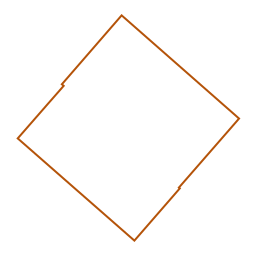 Spink, South Dakota, United States of America (Robinson projection), rotated 41°
{"feature_id": "52423323B36678766144900", "entity_name": "Spink", "entity_type": "district", "adm_level": 2, "iso_a3": "USA", "parent_name": "United States of America", "parent_adm1": "South Dakota", "projection": "robinson", "projection_center": [-98.314, 44.938], "detail": "fine", "context": "isolated", "style": "outline", "palette": "amber", "viewbox_px": 256, "rotation_deg": 41, "n_neighbors": 0, "source": "geoboundaries", "source_scale": "gbopen_adm2", "svg_char_len": 301}
<svg xmlns="http://www.w3.org/2000/svg" viewBox="0 0 256 256"><g transform="rotate(41 128 128)"><path d="M206.7,208.8L206.7,139.6L205.5,139.6L205.6,70.9L205.6,48.0L49.3,47.2L49.4,138.4L51.8,138.4L51.7,162.0L51.6,208.2L129.1,208.5L206.7,208.8Z" fill="none" stroke="#b45309" stroke-width="2"/></g></svg>